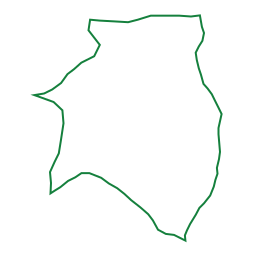 Knodara, Cyprus (Albers equal-area conic projection)
{"feature_id": "46923920B61069170158691", "entity_name": "Knodara", "entity_type": "district", "adm_level": 2, "iso_a3": "CYP", "parent_name": "Cyprus", "parent_adm1": "", "projection": "albers", "projection_center": [33.657, 35.266], "detail": "fine", "context": "isolated", "style": "outline", "palette": "green", "viewbox_px": 256, "rotation_deg": 0, "n_neighbors": 0, "source": "geoboundaries", "source_scale": "gbopen_adm2", "svg_char_len": 1015}
<svg xmlns="http://www.w3.org/2000/svg" viewBox="0 0 256 256"><path d="M199.9,15.4L191.0,16.5L179.7,15.7L170.1,15.7L161.2,15.7L150.7,15.7L137.8,19.7L128.1,22.2L114.4,21.4L99.8,20.6L90.1,19.7L88.5,30.3L99.8,44.9L94.2,56.2L81.3,62.7L74.0,69.2L67.5,74.1L61.1,83.0L52.2,89.5L44.1,93.5L34.4,95.1L53.6,102.0L62.4,110.3L63.5,123.3L60.9,140.4L58.8,153.4L54.7,161.7L50.0,172.1L51.0,183.0L50.5,193.4L55.1,190.4L60.3,187.2L68.1,180.9L75.3,177.3L81.5,173.1L89.3,173.1L101.2,177.8L108.9,183.5L117.2,188.2L124.4,193.9L131.1,200.1L140.4,207.4L148.2,214.2L152.9,220.4L158.0,229.7L165.8,233.9L174.0,234.9L185.4,240.6L184.9,235.4L187.0,230.3L190.1,224.0L195.8,214.7L199.4,207.9L204.0,203.3L210.2,195.5L213.8,186.6L215.4,179.9L217.5,173.7L216.9,167.9L219.0,159.1L220.0,151.9L219.5,146.1L218.5,134.2L218.5,128.0L221.6,114.0L218.5,107.7L214.9,100.5L211.8,94.2L207.6,88.5L203.5,83.9L200.9,74.5L198.8,68.3L196.8,60.0L195.7,52.7L198.8,46.5L202.4,40.8L204.0,33.0L201.9,26.8L199.9,15.4Z" fill="none" stroke="#15803d" stroke-width="2"/></svg>